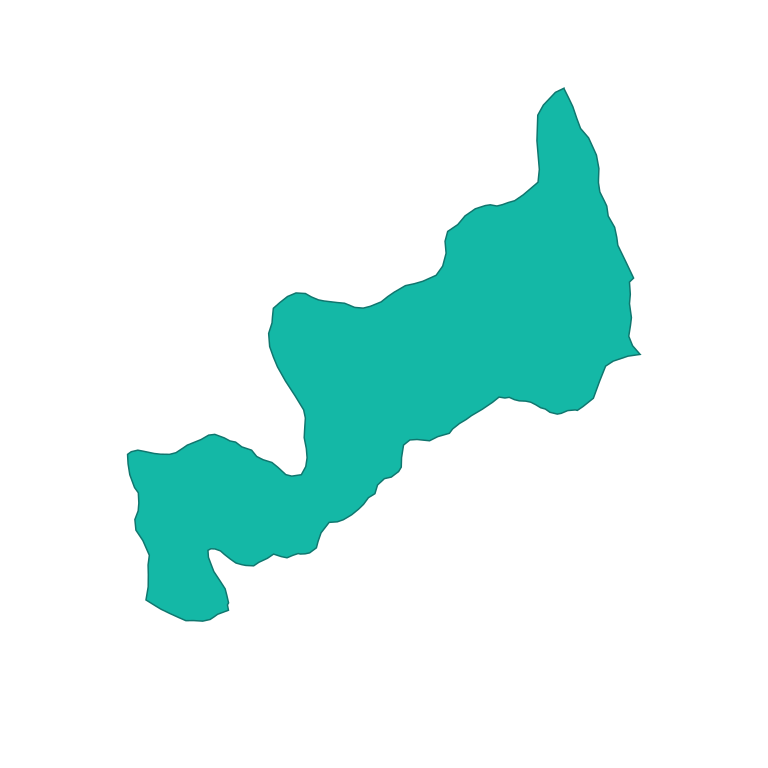 outline of Shamakhi District, Şamaxı, Azerbaijan, rotated 54°
{"feature_id": "54616110B16651088424667", "entity_name": "Shamakhi District", "entity_type": "district", "adm_level": 2, "iso_a3": "AZE", "parent_name": "Azerbaijan", "parent_adm1": "Şamaxı", "projection": "equal_earth", "projection_center": [48.652, 40.629], "detail": "fine", "context": "isolated", "style": "filled", "palette": "teal", "viewbox_px": 768, "rotation_deg": 54, "n_neighbors": 0, "source": "geoboundaries", "source_scale": "gbopen_adm2", "svg_char_len": 2745}
<svg xmlns="http://www.w3.org/2000/svg" viewBox="0 0 768 768"><g transform="rotate(54 384 384)"><path d="M445.0,119.8L427.2,116.5L409.2,113.3L402.2,109.5L392.8,105.3L379.9,103.9L371.0,99.2L365.7,98.2L355.5,96.5L347.2,92.2L344.8,90.4L336.0,83.5L323.7,77.6L316.0,76.0L305.1,73.8L292.8,74.8L282.4,71.9L270.5,68.2L261.2,66.5L251.1,64.8L250.5,64.5L248.8,73.9L252.0,91.1L256.9,101.6L277.1,117.3L301.7,132.2L311.3,140.8L312.8,160.2L312.5,170.6L310.2,176.9L308.5,182.8L306.4,188.0L301.5,192.7L299.2,197.1L295.9,207.1L295.8,213.1L295.6,219.5L298.4,230.6L298.0,242.8L304.4,250.7L314.7,256.9L323.1,267.2L326.7,277.9L323.7,292.2L320.7,300.5L317.0,308.9L315.7,321.7L315.5,329.7L315.9,338.0L313.1,349.4L310.4,356.2L304.8,362.7L295.5,368.4L290.4,374.2L281.6,383.7L277.3,387.7L270.8,391.6L264.6,394.4L258.6,401.7L256.5,410.7L256.9,420.4L257.7,429.0L264.4,435.0L268.7,438.6L275.3,447.6L286.5,454.5L297.4,457.7L307.5,460.1L323.8,462.0L341.6,462.9L357.7,464.2L365.3,467.6L374.1,474.9L380.5,480.1L390.6,484.8L398.5,489.6L404.8,495.8L408.8,504.2L404.3,512.8L399.6,516.7L389.1,518.8L381.6,520.8L374.1,526.4L367.8,529.6L359.7,530.0L351.3,536.0L343.8,538.2L339.5,542.1L333.7,544.9L325.3,550.5L322.3,555.9L321.4,564.7L317.8,579.1L317.7,584.1L317.3,592.7L314.9,598.8L309.4,606.1L305.1,610.8L296.7,618.4L292.8,622.1L290.2,628.3L290.2,632.8L292.3,634.2L298.2,638.0L308.0,643.0L321.2,646.7L327.6,646.7L336.2,652.3L342.2,657.5L347.2,665.2L356.4,670.6L368.9,671.1L384.6,674.5L391.7,681.2L399.8,686.8L409.5,694.0L418.8,703.5L429.9,699.0L435.1,696.8L443.7,692.2L452.7,687.1L459.0,683.4L463.3,677.3L469.3,670.0L472.3,663.1L472.5,658.3L472.5,654.0L475.6,642.8L470.7,640.5L469.7,638.4L462.4,635.3L456.3,632.9L447.4,632.4L435.7,631.9L427.5,629.7L421.0,627.9L415.1,624.2L415.5,621.0L418.1,617.7L422.9,614.4L428.0,613.3L435.7,611.1L441.8,609.0L446.6,605.2L449.6,602.4L454.5,596.3L454.7,590.0L456.5,580.7L456.7,573.3L463.2,568.6L467.6,564.6L469.0,558.5L470.7,553.1L472.4,551.6L475.1,547.5L476.9,543.4L476.8,535.0L472.7,530.0L467.4,522.4L463.7,509.7L468.1,502.7L469.9,496.7L470.8,487.0L470.3,478.1L469.3,471.2L466.8,463.4L467.4,455.8L461.9,448.6L460.8,439.3L463.6,432.8L463.4,423.6L461.4,418.9L453.9,413.1L444.9,404.1L444.5,395.9L448.3,389.9L456.7,380.5L458.2,371.4L462.3,360.1L460.7,354.9L460.3,346.2L461.0,338.4L461.0,331.8L462.2,319.4L462.6,306.8L462.2,298.6L466.4,294.4L468.4,290.5L473.3,287.7L477.1,284.5L481.1,279.5L484.8,276.1L489.8,273.5L495.3,271.2L499.1,268.2L504.4,266.4L510.2,261.5L511.9,257.9L513.5,251.0L517.4,244.5L519.0,243.1L519.2,236.2L518.6,223.0L508.5,208.0L499.8,194.2L500.2,185.2L504.9,170.2L510.6,159.4L499.1,160.4L489.2,157.9L481.4,150.1L475.7,144.8L463.3,138.2L456.2,132.0L445.8,125.5L445.0,119.8Z" fill="#14b8a6" stroke="#0f766e" stroke-width="1.5"/></g></svg>